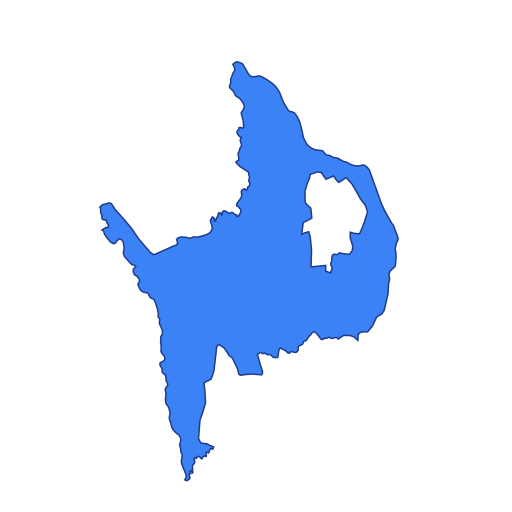 the district of Kipushi, Katanga, Democratic Republic of the Congo, rotated 161°
{"feature_id": "63176286B75279003671986", "entity_name": "Kipushi", "entity_type": "district", "adm_level": 2, "iso_a3": "COD", "parent_name": "Democratic Republic of the Congo", "parent_adm1": "Katanga", "projection": "equal_earth", "projection_center": [27.98, -11.623], "detail": "fine", "context": "isolated", "style": "filled", "palette": "blue", "viewbox_px": 512, "rotation_deg": 161, "n_neighbors": 0, "source": "geoboundaries", "source_scale": "gbopen_adm2", "svg_char_len": 6117}
<svg xmlns="http://www.w3.org/2000/svg" viewBox="0 0 512 512"><g transform="rotate(161 256 256)"><path d="M116.1,240.5L116.7,241.9L117.6,245.9L119.5,256.5L119.7,257.9L120.4,265.7L120.8,300.5L121.5,302.2L121.7,303.1L123.2,305.7L124.7,307.1L126.8,307.4L130.0,307.7L133.4,309.4L134.2,309.7L136.6,311.7L140.0,315.4L142.7,317.1L147.0,322.0L150.8,324.0L154.0,327.4L156.7,328.6L158.9,334.0L164.8,336.8L168.0,339.4L170.8,343.4L171.8,346.3L172.7,352.6L171.8,358.6L171.0,368.6L171.6,374.0L172.7,377.7L173.1,378.9L175.0,380.6L176.7,381.4L178.0,383.1L180.1,392.9L180.4,403.1L181.9,408.9L184.2,413.7L188.7,419.7L192.5,424.0L194.8,425.4L200.3,426.3L201.6,427.1L202.7,428.0L203.9,430.6L205.4,438.3L205.9,441.1L206.5,442.6L209.9,445.4L211.8,446.0L215.4,444.8L215.3,442.9L215.1,441.8L215.2,439.0L216.1,437.9L217.7,437.0L222.7,430.9L223.1,428.5L225.8,425.2L226.1,423.8L224.0,419.5L223.3,417.4L223.4,415.3L222.5,413.1L220.7,411.3L218.9,407.2L218.2,402.5L218.4,401.1L220.5,398.3L223.1,396.6L223.5,395.8L224.1,388.0L225.4,382.9L225.9,381.4L227.2,381.3L229.0,382.7L230.3,382.9L231.3,381.1L232.7,380.7L233.9,378.9L233.4,375.9L232.4,374.0L231.2,373.0L233.2,370.8L233.5,369.3L233.3,367.5L233.8,364.9L236.2,363.0L237.8,360.5L239.6,358.8L240.7,353.1L241.4,352.3L244.2,351.6L244.4,350.6L242.0,345.8L235.6,337.5L236.3,336.1L236.5,332.3L238.4,329.8L238.4,328.3L238.1,327.4L238.7,325.4L240.0,324.1L241.6,323.8L242.2,322.1L242.9,321.6L244.0,321.7L244.5,323.0L245.4,323.4L248.2,322.7L248.8,322.0L249.9,317.5L251.0,316.1L257.4,311.4L257.9,310.3L257.7,309.2L256.6,308.4L255.8,305.8L255.2,305.0L255.6,303.4L256.7,301.8L259.8,299.4L261.4,299.5L261.4,300.5L260.9,301.1L262.2,301.8L263.9,304.7L264.8,305.1L267.4,305.0L269.5,307.6L271.3,309.1L272.5,309.2L273.7,308.2L274.2,306.6L275.1,306.0L275.7,308.3L276.2,308.8L277.6,308.7L279.5,305.6L280.7,305.2L282.6,302.6L283.6,302.3L283.8,303.0L283.3,304.4L283.4,305.8L284.7,307.2L287.7,304.3L288.0,296.5L289.9,294.8L290.4,293.8L293.9,292.5L297.5,292.3L302.5,292.6L305.9,293.1L308.7,294.4L311.1,294.2L313.1,294.4L315.8,296.3L320.7,298.5L323.9,298.5L325.7,297.6L325.8,293.5L327.8,292.3L332.0,292.2L350.2,290.5L352.2,290.5L354.7,293.7L361.2,309.9L364.7,322.7L369.1,334.1L373.9,345.6L375.7,352.6L377.4,354.0L381.3,354.2L384.6,354.4L387.8,352.9L387.4,351.5L388.5,348.3L388.8,346.7L388.5,344.6L389.5,341.7L389.0,340.4L388.0,339.6L386.0,338.8L386.2,336.8L385.5,333.4L386.2,331.1L387.1,331.1L388.6,331.9L393.1,330.7L392.2,330.0L392.0,325.9L391.2,322.3L389.1,317.0L387.8,315.1L386.4,313.9L384.8,314.0L382.7,315.5L380.3,316.5L379.4,316.6L377.5,314.7L377.0,312.9L377.9,306.8L380.5,301.9L380.6,300.9L380.5,298.2L376.7,289.2L375.7,287.9L373.9,286.8L373.0,285.3L375.5,284.0L376.6,282.9L377.3,280.0L376.9,277.9L374.7,274.8L373.9,271.6L374.4,269.9L376.5,268.2L377.0,266.8L376.6,262.2L375.6,260.0L375.3,259.6L374.0,258.4L370.8,256.5L370.3,255.8L369.8,252.9L369.6,251.1L366.7,248.4L366.3,244.7L366.4,238.5L366.6,237.1L367.1,233.4L368.4,230.3L367.6,228.0L367.8,226.7L368.9,225.0L369.4,223.1L368.9,219.7L368.8,216.1L369.4,214.0L370.1,212.5L372.3,210.8L372.7,209.0L374.3,205.6L374.9,201.9L376.9,196.5L376.8,195.2L375.4,191.3L375.3,189.9L375.8,188.4L376.3,187.5L377.6,186.8L381.3,186.2L382.0,185.3L382.3,183.6L381.5,180.2L382.4,177.0L382.2,175.7L380.7,173.3L380.4,171.6L381.6,167.2L381.0,164.1L381.4,163.1L382.2,162.0L384.5,160.5L385.4,159.1L385.9,155.0L388.4,149.8L389.0,147.0L389.0,144.9L388.2,142.8L387.8,140.0L388.2,137.8L388.2,135.7L389.7,133.1L390.9,130.7L391.0,125.6L391.4,121.8L390.8,118.5L389.8,115.9L387.1,111.5L386.6,109.1L386.8,106.8L389.8,102.1L390.0,98.5L390.8,95.0L390.5,92.7L390.6,92.3L390.9,90.9L393.0,87.2L393.7,85.2L393.9,82.3L393.3,71.2L394.1,69.5L396.2,67.5L394.6,66.0L394.1,66.1L391.5,66.8L390.7,67.8L390.4,71.1L390.0,71.7L388.9,71.6L388.8,73.2L388.3,74.1L387.7,74.3L387.0,73.9L386.8,73.3L387.1,71.5L386.3,71.8L384.6,77.8L383.8,79.0L382.0,79.8L380.9,81.3L380.7,83.9L380.2,84.9L379.4,85.0L378.8,84.2L378.1,84.1L377.0,85.6L375.7,85.3L374.5,84.2L373.4,81.8L371.0,83.6L369.9,83.8L368.4,82.7L367.9,83.3L367.5,86.1L367.1,86.6L365.9,86.3L365.3,85.3L364.6,85.5L362.1,88.5L361.0,88.4L360.1,87.5L359.3,87.6L358.3,89.4L361.2,91.8L363.4,94.3L369.1,97.2L369.8,102.0L362.3,119.3L358.2,124.3L351.5,133.6L348.2,145.2L346.6,152.6L344.5,153.5L342.3,153.6L338.8,154.1L336.4,156.7L332.9,161.7L322.5,183.3L320.0,184.4L317.5,181.5L315.9,179.0L314.7,174.7L313.9,170.7L311.6,167.3L311.0,162.6L310.2,155.7L310.7,149.6L309.2,148.1L306.1,147.7L298.5,145.8L289.4,141.8L288.1,142.8L287.4,145.1L287.3,151.4L286.7,162.6L283.0,163.4L282.4,162.9L281.8,161.6L279.3,161.2L277.3,158.9L275.1,158.4L273.8,157.0L272.5,154.3L268.5,153.0L265.3,159.0L263.9,160.8L262.7,160.9L258.6,156.4L257.4,153.9L255.9,153.1L254.8,154.2L253.6,154.0L250.3,152.0L248.8,151.9L247.0,152.9L245.7,156.2L244.9,157.0L240.8,157.3L238.7,159.6L235.7,159.9L232.4,162.6L229.9,163.7L227.7,165.3L226.4,165.6L225.2,164.9L224.3,163.8L222.7,159.7L221.9,156.7L221.0,155.6L219.5,155.4L218.1,156.1L216.6,155.2L213.3,155.4L211.2,153.3L206.6,153.0L205.8,152.1L205.3,150.7L199.1,152.4L195.3,151.1L192.3,149.8L189.3,147.1L187.2,143.0L185.1,148.2L183.3,149.5L181.1,149.8L177.5,148.8L175.2,147.9L168.6,152.0L163.7,157.0L162.0,158.9L155.6,160.4L152.4,163.0L143.3,177.7L139.8,186.4L137.1,190.7L136.2,195.8L133.8,198.2L127.7,201.0L126.7,203.0L124.1,208.9L122.6,213.8L122.2,217.2L120.9,219.5L118.7,222.9L117.3,224.1L115.8,226.6L115.8,230.5L116.0,235.4L116.1,240.5ZM185.9,226.6L187.8,224.6L188.1,223.4L187.9,219.7L191.1,215.8L195.0,219.0L193.2,224.4L207.5,227.8L201.5,243.7L198.5,256.4L198.2,261.8L202.8,262.0L205.8,261.5L200.5,272.2L196.1,272.8L190.9,273.6L188.6,283.3L190.9,287.6L192.0,290.5L190.8,294.8L188.5,301.5L183.2,308.8L180.2,312.0L178.1,315.5L170.6,315.5L167.0,313.6L164.9,305.8L156.7,306.4L155.2,301.5L153.6,298.6L145.2,300.7L141.8,292.7L139.7,282.2L138.6,275.5L136.1,268.5L136.2,261.2L143.3,251.8L148.4,245.9L151.0,243.2L156.6,245.9L159.1,247.8L161.0,242.7L161.3,234.1L163.0,230.0L167.2,227.1L172.3,229.7L173.5,230.0L175.5,231.6L176.6,231.8L178.2,231.0L179.4,231.0L181.1,232.1L182.2,232.3L183.0,232.0L184.4,230.8L185.9,226.6Z" fill="#3b82f6" stroke="#1e3a8a" stroke-width="1.5"/></g></svg>